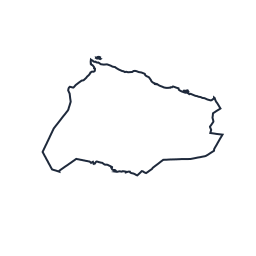 Saudi Arabia, Natural Earth projection, rotated 137°
{"feature_id": "SAU", "entity_name": "Saudi Arabia", "entity_type": "country or territory", "adm_level": 0, "iso_a3": "SAU", "parent_name": "Asia", "parent_adm1": "", "projection": "natural_earth1", "projection_center": [44.88, 24.248], "detail": "fine", "context": "isolated", "style": "outline", "palette": "slate", "viewbox_px": 256, "rotation_deg": 137, "n_neighbors": 0, "source": "natural_earth", "source_scale": "50m", "svg_char_len": 5105}
<svg xmlns="http://www.w3.org/2000/svg" viewBox="0 0 256 256"><g transform="rotate(137 128 128)"><path d="M182.7,178.3L180.8,178.6L179.0,178.9L176.9,179.2L174.4,179.6L172.5,179.9L169.6,180.4L167.1,180.8L164.7,181.1L162.3,181.5L160.2,181.8L159.0,182.2L157.6,183.1L155.4,184.3L153.2,185.6L152.0,186.3L150.8,188.0L150.2,188.9L149.1,190.4L148.2,191.6L147.2,193.0L146.8,194.3L146.1,196.3L145.6,196.7L144.6,197.4L143.7,197.8L142.4,197.8L141.6,196.6L140.8,195.3L140.3,194.8L140.0,194.8L138.6,194.9L137.0,195.1L135.0,194.9L132.8,194.7L130.7,194.4L129.6,194.3L128.3,193.4L127.9,193.3L127.6,193.2L125.9,193.2L124.3,193.2L122.7,193.5L121.1,193.4L119.5,193.5L118.9,193.8L118.3,193.8L117.9,194.1L117.6,194.2L117.2,194.0L116.7,194.0L115.9,193.8L115.4,193.3L115.0,192.8L114.5,192.6L114.0,192.4L113.5,192.4L113.0,192.7L112.6,193.0L111.7,193.9L111.7,194.2L112.1,194.8L111.9,195.0L111.4,195.4L111.2,196.2L111.2,196.7L111.1,197.9L111.3,198.8L111.6,199.1L111.6,199.5L111.5,200.3L111.0,200.5L110.6,201.3L110.4,201.6L110.0,202.0L108.5,203.3L108.4,202.6L107.9,201.4L107.9,200.6L107.7,199.8L107.3,199.2L106.5,198.6L106.4,197.7L105.9,196.8L105.1,196.2L104.7,194.9L104.4,193.2L102.5,190.9L100.0,188.9L99.3,187.7L98.1,185.3L97.5,183.5L95.9,181.3L95.8,180.5L95.6,179.5L95.2,178.3L95.0,177.4L93.4,173.6L92.8,172.9L92.4,172.1L92.3,171.4L92.1,171.0L91.0,170.4L89.9,168.7L86.7,166.1L85.1,165.9L83.9,165.0L83.0,163.7L82.0,161.6L80.3,159.4L78.8,156.2L79.3,155.0L79.3,154.2L78.9,152.8L78.4,151.7L78.1,150.7L78.3,149.3L78.5,147.6L78.8,146.8L79.0,145.8L78.7,143.9L78.2,142.9L78.3,142.2L77.8,141.9L77.3,141.1L77.8,141.1L77.0,140.1L76.6,139.5L76.3,138.2L75.9,137.1L74.7,134.7L74.1,133.2L72.7,131.3L71.2,129.9L70.2,129.3L69.8,128.7L69.0,128.7L68.1,127.8L67.5,127.8L66.8,127.7L65.9,126.1L65.2,124.6L64.0,122.6L64.3,122.1L64.7,121.3L64.5,120.2L64.3,119.4L63.8,118.1L62.0,114.7L61.5,114.3L60.8,113.7L60.3,112.2L60.1,110.9L58.9,110.3L56.8,105.6L55.6,104.0L55.2,102.9L53.8,101.1L53.1,99.3L51.7,97.6L50.5,94.7L48.7,91.8L47.9,91.3L45.9,91.1L45.0,90.9L44.3,91.6L44.2,90.7L44.8,89.6L45.6,87.3L45.8,85.3L47.1,79.2L48.8,79.5L50.2,79.8L52.2,80.2L54.3,80.5L55.5,80.8L55.9,80.7L57.6,79.2L59.2,77.9L60.1,76.2L61.0,74.6L61.5,74.3L62.8,74.0L65.0,73.5L67.1,73.1L67.3,72.9L67.8,71.6L68.4,70.0L68.6,69.9L68.7,69.7L70.3,68.8L71.2,68.2L69.9,66.6L68.7,65.1L67.4,63.4L66.2,62.0L64.5,60.0L63.4,58.7L65.4,58.1L67.6,57.5L69.8,56.8L72.4,56.0L74.5,55.3L77.6,54.4L79.1,53.9L79.4,53.8L80.6,52.7L82.3,53.0L84.9,53.5L87.5,53.9L90.1,54.5L91.0,54.9L93.5,56.5L95.2,57.5L97.1,58.8L99.6,60.3L101.2,61.3L103.4,62.7L105.1,64.2L107.2,66.1L109.5,68.3L111.4,69.9L114.1,72.2L116.7,74.5L119.2,76.7L121.3,78.4L123.9,80.7L124.1,80.7L126.7,81.0L130.3,81.3L133.8,81.7L137.0,82.0L138.4,81.7L139.9,81.9L142.0,82.2L143.2,82.3L145.5,82.7L146.2,84.1L146.5,85.2L146.7,86.2L147.4,87.1L149.0,87.0L150.4,87.0L152.1,87.0L153.5,87.0L154.0,87.9L154.2,88.8L155.0,90.9L156.2,92.6L156.5,93.2L156.7,94.1L156.5,94.4L156.4,94.8L157.3,95.7L158.7,96.5L159.3,96.7L159.9,97.0L159.4,97.6L160.3,98.8L161.3,100.0L162.3,100.3L163.8,102.2L165.9,103.4L167.2,105.0L166.7,104.8L166.2,104.6L166.1,104.8L166.1,105.5L166.3,106.3L166.9,106.9L167.5,107.4L167.8,108.4L167.3,110.4L167.2,110.4L166.9,110.2L166.5,110.1L166.3,110.3L166.8,111.7L167.2,112.8L167.6,113.7L168.0,114.9L168.4,115.5L169.8,116.8L170.2,117.9L170.6,120.1L171.5,121.2L172.0,122.1L172.6,122.9L173.1,123.9L173.7,124.8L174.0,125.0L174.4,125.0L175.0,125.0L175.7,124.8L176.4,124.6L176.9,125.1L177.5,125.0L177.6,125.4L177.2,125.9L176.7,127.2L177.4,127.4L178.1,127.5L178.5,127.7L178.8,127.7L178.8,128.0L178.9,129.2L179.0,129.7L179.3,130.1L179.8,130.7L180.2,131.4L180.7,132.0L181.1,132.6L181.6,133.2L182.0,133.9L182.5,134.5L182.9,135.1L183.4,135.8L183.8,136.4L184.3,137.0L184.7,137.6L185.2,138.3L185.6,138.9L186.1,139.5L186.5,140.1L186.9,140.7L187.6,140.8L187.8,140.8L188.4,140.9L189.3,141.0L190.5,141.2L192.0,141.4L193.6,141.6L195.4,141.9L197.1,142.1L198.9,142.4L200.7,142.7L202.3,142.9L203.7,143.1L205.0,143.3L205.9,143.4L206.5,143.5L207.4,143.6L207.5,143.6L208.0,142.8L208.6,143.9L209.1,144.8L209.8,146.1L210.6,147.4L211.3,148.6L211.8,149.6L211.5,150.5L211.3,151.6L211.0,152.6L210.7,153.7L210.4,154.8L210.2,155.8L209.9,156.9L209.6,157.9L209.3,159.0L209.1,160.0L208.8,161.1L208.5,162.2L208.2,163.2L208.0,164.3L207.7,165.3L207.4,166.4L207.1,167.5L206.8,168.7L205.9,169.1L204.6,169.6L203.2,170.2L201.8,170.7L200.4,171.3L199.0,171.8L197.7,172.3L196.3,172.9L194.9,173.4L193.5,174.0L192.1,174.5L190.8,175.1L189.4,175.6L188.0,176.2L186.6,176.7L185.2,177.3L183.8,177.8L182.7,178.3ZM101.9,200.0L102.6,200.1L102.3,199.8L102.2,199.6L102.5,199.2L103.4,200.1L103.4,201.2L103.3,201.4L103.1,201.2L102.9,201.0L102.9,200.7L102.6,200.5L101.7,200.6L101.2,200.3L100.4,199.4L100.2,198.8L100.5,198.7L100.9,198.3L101.1,197.8L100.9,197.3L101.4,197.4L101.6,197.9L101.7,199.2L101.7,199.4L101.6,199.7L101.9,200.0ZM61.8,117.2L61.6,117.2L61.1,116.6L60.7,116.1L60.4,115.8L58.9,115.1L58.7,114.7L58.9,114.3L59.1,114.7L59.4,115.0L60.6,115.5L62.0,116.8L61.8,117.2ZM59.4,114.1L59.0,113.9L59.1,113.1L59.4,112.7L59.3,113.3L59.4,113.9L59.4,114.1Z" fill="none" stroke="#1e293b" stroke-width="2"/></g></svg>